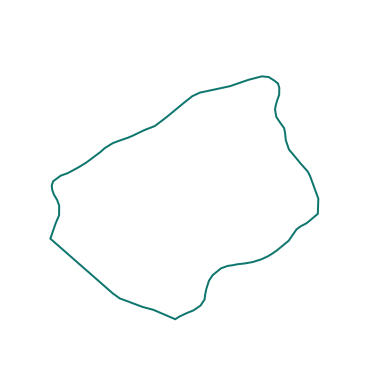 San Gabriel, Suchitepéquez, Guatemala (Robinson projection), rotated 48°
{"feature_id": "79465075B61166037793938", "entity_name": "San Gabriel", "entity_type": "district", "adm_level": 2, "iso_a3": "GTM", "parent_name": "Guatemala", "parent_adm1": "Suchitepéquez", "projection": "robinson", "projection_center": [-91.514, 14.509], "detail": "fine", "context": "isolated", "style": "outline", "palette": "teal", "viewbox_px": 384, "rotation_deg": 48, "n_neighbors": 0, "source": "geoboundaries", "source_scale": "gbopen_adm2", "svg_char_len": 1097}
<svg xmlns="http://www.w3.org/2000/svg" viewBox="0 0 384 384"><g transform="rotate(48 192 192)"><path d="M131.9,328.5L214.5,318.7L222.7,316.9L244.6,305.5L253.6,299.6L275.3,289.6L276.2,284.4L278.5,276.8L281.0,270.0L282.1,261.7L280.3,254.6L277.4,251.3L273.8,246.5L269.3,238.8L267.6,232.4L268.1,221.6L270.8,214.9L273.3,211.3L276.3,206.3L280.4,200.6L284.7,193.7L288.3,185.8L290.5,178.8L291.5,173.6L292.2,168.0L292.9,152.7L291.4,146.6L289.7,139.3L290.2,134.3L291.9,127.5L292.4,113.1L281.5,102.6L259.2,93.6L254.2,92.3L242.8,92.2L234.0,91.8L225.2,91.5L216.2,87.6L210.5,83.4L206.2,80.8L199.4,80.1L192.6,79.1L186.1,75.0L183.3,71.2L180.8,67.2L178.1,62.2L173.1,57.5L168.9,55.5L164.2,56.3L157.9,58.1L152.8,62.7L146.4,75.0L138.8,92.9L133.6,102.0L123.5,119.5L121.0,127.6L120.3,138.3L119.3,161.4L118.1,175.5L114.3,185.5L113.0,189.8L110.4,198.7L108.9,203.0L105.2,211.7L102.7,218.2L101.0,227.4L101.0,233.2L99.4,250.7L97.8,259.5L94.9,271.5L92.0,278.7L91.1,288.0L93.3,291.9L96.8,294.4L101.4,296.3L107.4,297.5L113.1,299.7L120.4,306.4L124.2,314.6L131.9,328.5Z" fill="none" stroke="#0f766e" stroke-width="2"/></g></svg>